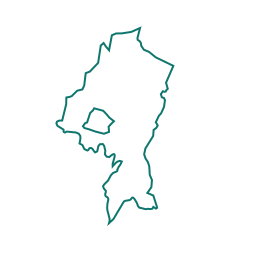 the County of Vas, rotated 305°
{"feature_id": "HUN-3138", "entity_name": "Vas", "entity_type": "County", "adm_level": 1, "iso_a3": "HUN", "parent_name": "Hungary", "parent_adm1": "", "projection": "robinson", "projection_center": [16.563, 47.075], "detail": "fine", "context": "isolated", "style": "outline", "palette": "teal", "viewbox_px": 256, "rotation_deg": 305, "n_neighbors": 0, "source": "natural_earth", "source_scale": "10m", "svg_char_len": 2163}
<svg xmlns="http://www.w3.org/2000/svg" viewBox="0 0 256 256"><g transform="rotate(305 128 128)"><path d="M96.4,69.8L112.1,63.7L117.6,60.0L118.0,60.3L119.8,62.2L121.8,63.6L129.4,65.0L133.4,68.5L137.6,67.8L148.7,61.9L152.3,64.4L164.2,66.2L179.9,58.4L183.6,59.3L182.1,63.1L180.8,67.9L194.7,61.6L198.6,64.0L202.0,68.7L208.6,75.6L216.8,80.5L207.0,84.2L205.8,85.3L205.8,88.0L204.8,90.1L202.9,91.7L201.2,96.2L202.4,101.4L201.8,110.3L204.9,129.5L186.9,133.2L182.9,138.1L181.2,137.7L179.6,138.0L178.5,137.0L178.1,135.5L174.6,135.5L172.6,138.1L173.2,140.3L172.0,142.3L165.9,145.4L159.1,146.7L155.5,146.3L148.7,147.5L147.1,150.9L144.3,151.1L141.1,150.1L135.9,153.2L121.2,154.0L115.7,156.3L113.2,159.7L111.4,164.0L108.8,167.4L102.1,172.7L99.1,177.5L92.9,181.1L85.9,181.1L87.2,187.5L80.1,196.8L79.3,197.6L79.1,197.5L78.0,197.1L77.9,194.0L75.9,194.3L74.5,192.9L73.3,190.8L71.6,189.0L69.6,183.7L69.2,183.0L69.4,182.3L69.8,180.9L71.2,179.0L71.7,178.2L72.7,176.1L73.6,173.9L73.9,172.2L73.3,171.3L71.1,171.2L69.8,170.6L69.1,169.9L66.9,167.6L65.4,166.8L51.8,167.8L45.3,168.3L44.5,168.2L39.2,167.0L41.6,166.1L43.5,164.5L48.8,158.3L50.5,156.8L54.3,154.5L57.3,153.3L58.4,152.7L59.4,151.3L59.4,150.2L59.3,149.2L59.7,148.1L61.2,147.0L62.6,146.7L63.8,145.9L64.5,143.1L65.9,141.0L67.9,140.8L73.4,141.8L79.4,141.1L82.5,141.5L85.0,143.1L85.8,143.6L86.6,143.8L87.3,143.6L87.9,143.1L90.4,142.7L94.2,142.7L97.0,142.1L96.3,140.1L94.2,138.5L92.1,137.9L87.9,137.4L89.8,136.0L96.3,133.7L98.0,132.8L98.6,131.8L98.1,130.9L96.3,130.1L93.4,129.3L92.3,126.8L93.2,124.2L96.3,122.5L99.7,118.7L100.4,116.6L98.6,114.3L96.2,114.1L91.2,116.2L89.2,115.1L89.3,114.1L90.5,110.9L90.5,109.3L89.5,108.1L88.2,108.0L87.1,108.1L86.2,107.5L85.7,104.4L87.9,100.4L87.5,97.2L92.0,95.1L94.1,93.5L95.1,91.0L94.5,88.0L90.0,80.0L89.6,79.7L89.0,79.4L88.3,79.1L87.9,78.4L88.0,77.4L88.6,76.9L89.4,76.5L89.7,76.0L89.3,69.0L90.8,66.6L92.6,66.2L94.6,67.4L96.4,69.8ZM122.4,89.2L118.6,88.4L109.1,91.3L107.4,90.1L103.6,90.1L103.0,92.3L104.6,96.9L106.4,103.3L109.5,111.6L113.9,114.7L118.0,111.4L121.4,111.8L125.5,112.6L125.8,106.9L126.9,102.7L127.9,97.8L124.7,89.0L122.4,89.2Z" fill="none" stroke="#0f766e" stroke-width="2"/></g></svg>